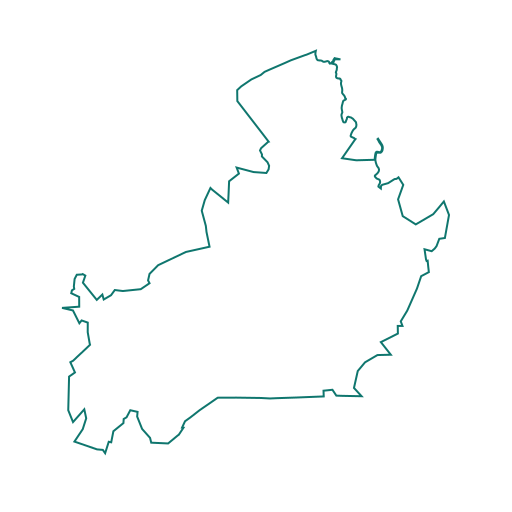 San Pedro de la Cueva, Sonora, Mexico (Albers equal-area conic projection), rotated 275°
{"feature_id": "50627088B42158241745677", "entity_name": "San Pedro de la Cueva", "entity_type": "district", "adm_level": 2, "iso_a3": "MEX", "parent_name": "Mexico", "parent_adm1": "Sonora", "projection": "albers", "projection_center": [-109.481, 29.278], "detail": "fine", "context": "isolated", "style": "outline", "palette": "teal", "viewbox_px": 512, "rotation_deg": 275, "n_neighbors": 0, "source": "geoboundaries", "source_scale": "gbopen_adm2", "svg_char_len": 5550}
<svg xmlns="http://www.w3.org/2000/svg" viewBox="0 0 512 512"><g transform="rotate(275 256 256)"><path d="M55.3,91.3L49.5,114.5L49.5,120.3L46.4,122.9L58.1,125.5L57.8,128.0L69.0,129.2L78.0,138.5L82.1,138.4L84.0,141.1L91.4,144.2L90.4,151.6L85.7,151.6L73.8,157.6L65.6,166.3L60.9,167.9L61.6,184.8L70.6,193.9L71.1,194.6L78.6,198.7L78.6,197.3L85.2,199.7L89.4,204.6L97.5,213.3L111.5,230.2L113.2,248.8L115.0,273.4L115.3,282.4L116.2,289.2L118.6,309.1L119.8,318.4L122.0,335.7L127.7,335.0L128.5,339.2L129.4,343.8L123.9,348.2L124.2,354.1L125.5,373.4L133.1,365.1L150.3,367.4L159.6,373.9L167.9,385.6L169.4,398.9L181.1,387.9L191.1,404.1L198.7,403.3L199.1,408.0L203.5,405.9L208.8,408.5L214.7,411.4L217.3,412.3L237.0,419.0L237.3,419.1L238.4,419.4L250.3,422.3L255.0,429.6L260.4,428.5L266.3,427.4L265.9,426.4L267.3,425.7L277.4,423.3L276.1,430.6L279.0,433.4L281.6,435.0L289.1,437.1L290.4,442.6L313.7,444.7L326.7,438.4L320.6,434.2L313.1,428.9L301.4,412.4L308.5,398.7L324.8,392.6L339.7,396.5L346.8,391.1L345.1,389.3L344.7,387.3L340.1,381.3L337.9,375.5L336.5,374.4L334.1,374.5L335.8,371.9L336.8,372.0L337.3,372.1L337.8,372.4L338.7,372.8L339.5,373.1L340.5,373.2L341.5,373.0L342.2,372.7L342.5,372.5L342.7,372.2L343.0,371.8L343.1,371.3L343.4,370.5L343.6,369.9L343.7,369.4L344.0,369.1L344.5,368.6L344.8,368.2L345.2,367.8L345.6,367.5L346.1,367.4L346.6,367.5L347.0,367.9L347.7,368.6L348.4,369.2L348.9,369.7L350.4,370.6L351.5,371.0L352.5,371.0L352.9,371.0L353.4,370.8L354.1,370.5L354.6,370.2L355.3,369.5L356.3,368.7L357.5,368.1L359.6,367.2L362.1,366.5L364.1,366.5L366.4,366.6L367.6,366.7L368.0,366.7L368.5,366.8L369.0,366.9L369.3,367.3L369.6,368.3L369.7,370.3L369.7,370.9L370.0,371.4L370.3,371.7L370.8,372.1L371.5,372.5L372.6,372.8L374.7,372.9L376.2,372.6L377.5,372.0L378.5,371.3L380.7,369.6L382.3,368.3L383.5,367.4L383.0,366.9L381.8,367.8L380.0,368.9L378.6,370.1L377.3,371.2L376.0,371.9L374.6,372.3L372.8,372.1L371.4,371.7L370.8,371.3L370.4,370.8L370.2,370.4L370.2,369.8L370.2,369.4L370.3,368.9L370.4,368.3L370.4,367.9L370.4,367.4L370.3,367.0L369.9,366.6L369.5,366.3L368.7,366.1L366.9,365.9L364.4,365.8L362.2,365.9L360.1,347.6L360.2,345.4L360.9,333.2L379.9,344.1L381.1,344.9L381.3,344.1L381.7,343.9L382.0,343.4L382.2,343.1L382.3,342.6L382.6,341.7L383.0,340.8L383.2,340.2L383.6,339.9L383.9,339.8L384.5,339.9L386.3,340.3L387.4,340.7L388.6,341.2L389.7,341.7L390.2,342.0L390.5,342.3L391.1,342.7L391.5,343.2L392.0,343.6L392.5,344.1L393.0,344.3L394.2,344.6L395.6,344.6L396.9,344.2L397.9,344.0L399.0,342.9L399.9,341.9L400.4,341.4L400.9,340.9L401.3,340.4L401.7,339.6L402.3,338.5L402.4,337.5L402.5,336.9L402.8,336.0L402.6,335.3L401.8,334.6L400.7,334.6L399.9,334.4L398.9,334.0L397.4,333.7L396.9,333.2L396.8,332.6L396.8,332.0L396.9,331.6L397.3,331.2L398.3,330.7L399.2,330.3L399.9,330.1L400.5,329.8L401.2,329.5L402.6,329.1L403.9,328.8L405.4,329.1L406.5,329.5L407.5,329.3L409.1,328.8L410.9,328.4L413.4,328.5L413.8,328.6L414.8,328.8L415.3,328.9L416.2,329.0L417.7,329.3L418.2,329.5L418.7,330.1L419.0,330.7L419.4,331.2L419.8,331.8L420.2,331.9L420.6,331.8L420.9,331.2L421.1,331.0L422.0,330.8L422.6,330.5L423.3,330.0L424.0,329.4L424.7,328.6L425.3,328.1L425.9,327.6L426.7,327.5L428.5,327.5L429.9,327.3L431.0,327.0L432.8,326.3L434.3,325.8L435.5,325.6L436.0,325.6L436.8,325.7L437.3,325.8L437.8,325.8L438.1,325.7L438.3,325.6L438.5,325.4L439.0,324.8L439.4,324.6L439.7,324.6L439.9,324.4L440.1,323.7L440.0,322.5L440.2,321.5L440.5,320.7L441.0,320.3L441.5,320.1L442.2,320.1L442.8,320.1L443.5,320.2L444.4,320.2L445.1,320.0L445.6,319.6L446.1,319.6L446.7,319.7L447.6,320.0L448.5,320.2L450.3,320.2L451.2,320.3L451.7,320.1L452.2,319.9L452.6,319.7L453.0,319.4L453.3,319.2L453.5,319.0L453.6,318.7L453.8,318.3L453.9,317.4L454.4,314.2L455.2,315.8L455.7,316.3L455.8,316.3L456.3,316.4L456.7,316.3L457.2,316.8L457.4,316.9L457.7,317.0L458.1,316.9L458.6,316.9L459.2,317.2L459.4,317.3L459.3,318.1L458.9,318.6L459.0,319.1L459.0,319.7L459.2,320.3L459.1,320.6L459.3,323.0L459.4,321.5L459.6,320.2L459.7,319.1L459.7,318.0L460.0,317.3L460.0,317.1L459.6,316.9L459.1,316.6L458.2,316.1L457.1,316.0L456.1,315.1L455.8,314.8L455.6,314.7L455.0,314.2L454.8,314.1L454.4,314.0L454.4,313.6L454.1,312.9L454.5,312.6L455.0,312.2L455.5,311.9L455.9,311.7L456.1,311.4L456.2,311.1L456.3,310.8L456.3,310.5L456.4,310.1L456.2,309.5L455.8,308.5L455.4,307.2L455.4,306.5L455.4,306.1L455.7,305.5L455.9,305.1L456.2,304.6L456.3,304.1L456.4,303.6L456.4,303.2L456.4,302.6L456.3,302.1L456.4,301.7L456.4,301.4L456.4,301.0L456.5,300.3L457.4,299.4L458.7,298.8L459.6,298.6L460.5,298.2L461.8,297.6L463.8,297.5L465.6,297.7L460.9,288.7L460.4,287.4L454.0,273.7L450.5,267.4L442.7,253.0L440.2,248.5L436.7,244.9L431.5,236.0L423.7,226.5L419.6,222.8L408.7,223.9L378.0,252.2L371.0,258.6L370.9,258.3L364.2,252.0L363.7,251.6L361.5,250.8L359.5,252.0L357.7,253.1L355.7,253.2L350.4,259.3L347.0,261.2L343.4,261.0L339.6,259.1L339.5,251.7L339.4,246.3L342.4,229.0L336.6,231.8L328.1,222.7L314.5,223.3L306.8,223.6L318.3,206.5L319.8,204.7L307.2,200.1L296.4,198.0L281.6,203.4L275.6,204.6L261.2,208.9L253.9,185.8L240.9,163.7L238.3,159.3L228.9,151.5L222.3,150.6L219.6,152.3L212.9,144.1L209.5,126.4L209.8,118.3L204.3,115.0L199.4,108.1L204.2,106.3L198.4,101.2L214.3,85.9L221.6,87.7L222.9,84.9L222.5,84.4L221.7,79.1L217.3,77.3L209.7,77.2L207.4,77.8L205.7,75.6L202.8,75.2L199.8,83.4L190.1,84.3L187.4,67.3L185.8,78.4L173.6,85.9L176.6,87.9L175.0,94.2L165.4,95.0L154.5,97.9L153.1,98.4L144.3,90.6L143.9,90.2L139.0,85.8L138.7,85.6L135.7,82.9L134.0,80.3L124.2,85.8L119.6,80.3L86.0,82.4L74.6,88.2L88.3,98.3L79.5,101.0L68.4,98.5L55.3,91.3Z" fill="none" stroke="#0f766e" stroke-width="2"/></g></svg>